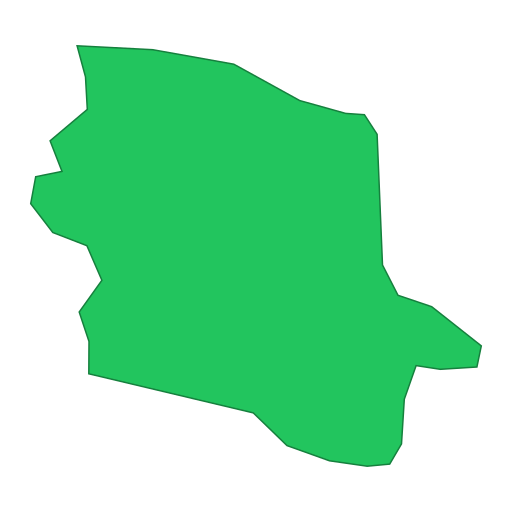 Bakay-Ata, Talas, Kyrgyzstan (Natural Earth projection)
{"feature_id": "92254566B8292928272806", "entity_name": "Bakay-Ata", "entity_type": "district", "adm_level": 2, "iso_a3": "KGZ", "parent_name": "Kyrgyzstan", "parent_adm1": "Talas", "projection": "natural_earth1", "projection_center": [71.964, 42.346], "detail": "fine", "context": "isolated", "style": "filled", "palette": "green", "viewbox_px": 512, "rotation_deg": 0, "n_neighbors": 0, "source": "geoboundaries", "source_scale": "gbopen_adm2", "svg_char_len": 524}
<svg xmlns="http://www.w3.org/2000/svg" viewBox="0 0 512 512"><path d="M364.4,114.7L345.6,113.4L299.8,100.6L233.8,64.2L152.7,49.7L77.1,45.8L85.5,76.9L87.3,109.4L50.1,140.8L62.0,171.4L35.7,176.7L30.7,203.7L52.8,232.5L86.9,245.7L101.9,280.3L79.2,312.0L89.0,341.5L88.8,373.8L253.3,412.9L287.0,445.6L329.5,460.8L367.2,466.2L389.7,464.1L401.5,443.9L404.3,399.2L416.1,365.6L440.3,369.3L476.9,367.0L481.3,345.9L431.7,306.7L398.0,295.3L382.5,265.0L377.1,134.3L364.4,114.7Z" fill="#22c55e" stroke="#15803d" stroke-width="1.5"/></svg>